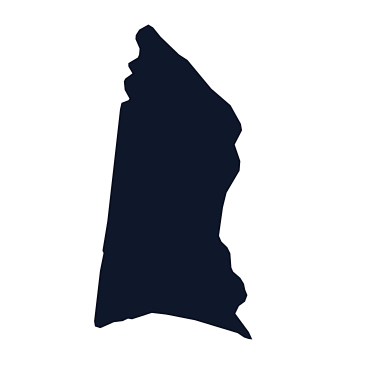 outline of El Adelanto, Jutiapa, Guatemala, rotated 103°
{"feature_id": "79465075B13602510028618", "entity_name": "El Adelanto", "entity_type": "district", "adm_level": 2, "iso_a3": "GTM", "parent_name": "Guatemala", "parent_adm1": "Jutiapa", "projection": "natural_earth1", "projection_center": [-89.854, 14.18], "detail": "fine", "context": "isolated", "style": "filled", "palette": "ink", "viewbox_px": 384, "rotation_deg": 103, "n_neighbors": 0, "source": "geoboundaries", "source_scale": "gbopen_adm2", "svg_char_len": 909}
<svg xmlns="http://www.w3.org/2000/svg" viewBox="0 0 384 384"><g transform="rotate(103 192 192)"><path d="M121.4,280.0L127.5,280.0L239.3,267.2L269.0,265.3L271.1,263.7L289.3,263.2L339.7,257.6L344.1,255.8L344.5,250.9L335.8,239.3L332.7,230.8L329.0,226.2L328.8,222.1L318.1,204.2L316.5,189.8L315.5,160.3L318.5,115.7L321.3,108.3L321.7,104.1L321.5,101.5L316.2,105.6L301.0,123.3L292.2,121.3L286.5,116.4L280.2,115.6L275.7,118.8L270.2,121.3L265.4,126.0L260.9,134.5L257.1,137.3L243.5,141.5L238.5,145.6L234.3,152.6L228.9,156.6L200.2,159.1L184.8,158.9L160.4,151.2L151.3,152.6L136.3,161.9L120.7,157.9L115.0,160.3L99.4,174.4L87.6,196.8L65.0,226.5L61.6,235.9L48.4,257.9L41.1,267.2L39.5,272.0L46.1,279.3L51.8,281.3L55.4,280.8L63.8,274.6L70.2,273.7L73.6,274.4L81.0,282.2L83.6,281.6L89.8,275.7L96.9,281.9L99.5,282.5L107.3,279.9L115.0,273.0L117.4,274.0L121.4,280.0Z" fill="#0f172a" stroke="#020617" stroke-width="1.5"/></g></svg>